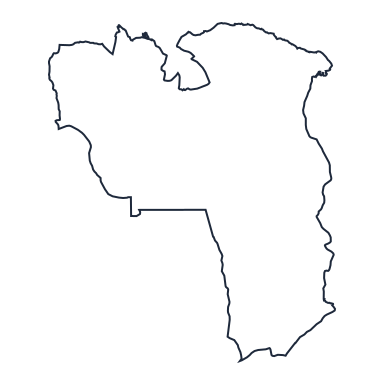 Tuek Chhou, Kâmpôt, Cambodia, rotated 180°
{"feature_id": "14789045B84051189014149", "entity_name": "Tuek Chhou", "entity_type": "district", "adm_level": 2, "iso_a3": "KHM", "parent_name": "Cambodia", "parent_adm1": "Kâmpôt", "projection": "robinson", "projection_center": [104.095, 10.787], "detail": "fine", "context": "isolated", "style": "outline", "palette": "slate", "viewbox_px": 384, "rotation_deg": 180, "n_neighbors": 0, "source": "geoboundaries", "source_scale": "gbopen_adm2", "svg_char_len": 5923}
<svg xmlns="http://www.w3.org/2000/svg" viewBox="0 0 384 384"><g transform="rotate(180 192 192)"><path d="M144.1,23.0L142.2,23.7L137.0,26.7L134.3,28.9L132.4,31.0L129.4,33.0L125.8,34.0L118.2,34.7L114.6,35.9L114.0,35.5L113.5,34.3L112.5,29.1L111.6,28.2L109.8,27.9L106.2,29.2L100.9,28.9L98.4,28.3L97.0,30.6L88.9,41.0L88.6,40.9L84.0,46.9L79.6,49.5L77.1,52.1L73.6,53.9L67.4,59.8L62.9,62.8L61.3,65.7L59.4,68.0L57.2,69.4L51.6,72.0L49.3,73.5L49.0,75.1L50.2,76.9L51.8,78.7L50.9,79.8L51.0,80.2L52.7,80.7L53.6,80.6L54.3,81.2L55.9,81.1L58.3,82.2L58.8,83.3L60.0,83.4L60.1,84.0L59.6,85.0L60.3,85.2L60.2,92.5L60.7,95.6L58.6,99.4L59.9,105.9L59.7,111.3L59.0,113.0L57.6,113.4L55.9,113.1L55.2,113.6L54.5,114.9L53.5,118.8L53.2,122.6L50.3,129.2L50.7,130.6L52.6,132.4L56.4,134.5L57.5,135.5L58.8,137.6L59.1,138.7L58.6,139.3L55.5,140.6L53.8,141.7L53.2,142.6L53.3,146.6L54.1,148.6L55.6,151.2L60.5,155.1L62.2,156.9L63.8,160.9L67.3,167.0L67.4,167.8L66.1,169.2L65.4,170.6L65.3,172.5L63.0,174.6L62.3,175.8L61.3,178.7L59.8,181.3L59.6,183.7L59.9,187.7L60.9,189.4L61.4,191.6L60.4,197.4L58.9,199.6L53.3,203.7L52.7,205.1L52.8,206.6L54.1,212.0L54.2,218.7L55.0,221.5L61.0,232.6L62.1,235.4L65.3,240.4L67.4,244.6L72.6,246.3L73.6,246.8L74.6,247.8L77.7,255.0L78.2,259.0L78.2,265.7L80.5,270.6L80.9,274.0L79.9,278.3L79.5,281.9L76.8,288.1L75.8,291.3L73.7,295.3L73.5,298.8L72.0,302.9L72.1,305.0L71.8,307.0L70.5,307.5L69.2,307.1L68.1,308.1L67.8,307.4L66.9,308.7L66.9,309.7L66.5,310.0L65.5,309.5L65.4,310.1L66.0,310.6L65.3,312.1L64.7,312.4L63.9,312.3L64.3,311.4L63.4,308.8L62.8,308.6L61.8,309.2L61.5,310.4L61.7,311.0L61.3,311.2L60.8,311.0L60.9,309.7L60.4,308.3L58.4,308.3L57.3,309.5L57.2,310.3L57.6,310.8L58.0,310.6L58.3,311.2L57.9,312.4L58.2,313.0L55.4,313.4L54.0,314.1L53.8,314.7L54.3,315.2L54.0,315.8L52.0,318.3L52.7,320.4L54.8,323.0L56.1,324.1L57.9,326.9L61.4,330.6L63.7,332.2L65.8,332.7L67.1,332.2L67.8,331.4L68.3,331.8L69.8,331.5L73.3,332.1L74.1,332.1L74.3,331.8L74.9,332.2L75.5,332.0L76.0,332.5L77.5,332.8L77.8,333.0L77.8,333.4L78.7,333.7L78.8,334.1L79.6,334.5L83.2,335.5L84.1,336.2L85.9,336.0L86.7,335.4L87.3,336.6L88.6,338.0L91.6,339.8L92.2,339.6L93.2,340.5L94.8,341.3L95.6,342.4L96.8,343.3L98.9,343.6L100.0,344.5L100.9,344.1L103.4,345.6L105.1,345.5L106.9,344.9L107.8,345.9L107.9,346.8L108.5,347.1L110.1,349.1L110.3,350.3L113.6,350.9L115.4,350.6L117.1,351.7L117.8,351.5L119.7,352.8L120.9,354.3L121.9,354.5L122.4,355.2L123.3,354.8L125.2,355.6L126.8,355.7L128.5,356.6L130.7,358.9L131.7,359.3L133.4,358.8L136.3,360.0L136.5,359.6L137.8,359.3L139.8,359.1L140.8,359.5L141.0,359.2L142.5,360.5L143.5,359.9L145.0,360.3L147.2,359.9L149.1,360.2L149.4,359.9L149.4,358.8L151.1,358.6L153.8,359.0L155.4,359.8L158.0,360.5L159.7,360.7L160.9,360.5L162.3,361.0L163.9,360.7L166.4,360.1L170.4,356.3L173.8,353.8L177.1,352.5L178.2,353.0L180.0,352.8L180.0,351.9L180.6,351.3L183.0,350.2L183.9,349.3L186.0,349.2L188.5,348.7L190.4,349.0L191.6,349.7L193.9,351.7L194.7,351.9L195.1,351.6L195.6,352.1L198.0,349.7L202.5,347.1L204.5,343.7L206.5,339.9L207.1,338.2L206.9,337.4L204.3,336.4L203.0,335.0L199.9,333.3L195.5,332.2L193.4,331.1L190.2,328.1L189.9,327.6L192.5,325.1L192.2,324.7L187.0,322.2L181.3,316.2L178.6,311.8L174.4,301.6L175.5,300.1L176.9,299.2L186.7,295.4L193.2,294.4L194.5,294.7L195.9,295.6L196.9,295.3L198.9,293.9L199.6,294.0L200.2,294.8L201.5,293.7L202.5,294.6L204.4,294.8L205.2,295.8L204.7,298.7L204.3,306.7L204.7,308.7L206.1,310.9L208.0,308.3L212.6,303.8L214.3,303.2L216.4,303.1L219.5,303.6L220.1,304.4L219.0,309.7L219.4,312.6L221.2,313.3L222.5,314.3L222.5,316.0L222.3,317.2L219.2,320.7L217.2,328.3L217.5,328.8L221.0,330.4L224.2,335.9L225.5,337.0L227.8,337.9L228.4,338.8L229.7,342.9L232.1,344.6L232.8,344.6L232.8,344.0L234.6,344.9L236.4,345.1L238.9,346.1L242.3,346.8L243.8,346.3L247.9,346.1L251.2,344.2L251.5,343.4L253.0,343.8L253.9,345.6L254.2,346.8L255.9,347.5L258.3,353.5L258.8,353.7L259.6,354.7L260.7,354.8L260.8,355.2L262.3,356.3L264.8,358.8L265.3,358.8L265.5,358.5L264.8,357.1L265.1,356.8L265.6,356.9L265.8,357.3L266.4,357.0L264.6,352.5L265.1,352.4L265.3,351.9L267.1,351.5L268.3,349.4L268.7,347.6L267.9,347.0L268.6,341.9L271.4,329.9L274.1,331.9L280.0,337.6L281.8,340.2L283.4,339.7L285.5,339.8L287.3,340.5L289.9,340.6L290.6,341.1L293.8,341.1L294.9,341.7L298.5,342.5L300.4,341.9L302.3,341.9L303.9,342.3L304.5,341.6L305.3,341.4L305.8,341.7L308.9,341.2L310.7,339.7L312.2,339.1L314.6,338.8L324.4,339.1L324.8,335.0L325.6,332.2L326.1,331.5L327.2,330.9L328.5,330.6L330.1,330.8L330.6,330.3L331.6,328.1L332.4,326.9L333.9,325.7L335.0,322.5L335.0,320.9L334.4,317.8L334.5,312.3L335.0,309.3L334.4,306.3L334.7,306.0L334.5,305.0L334.1,304.2L332.6,302.9L331.6,301.6L330.6,298.8L331.0,295.4L330.3,294.2L328.5,293.5L327.3,290.7L327.5,289.4L327.2,288.2L327.5,285.9L325.8,281.4L325.4,279.0L325.3,274.8L324.3,272.7L324.4,268.6L324.0,264.9L324.3,264.0L327.1,263.8L328.4,263.2L328.3,262.1L326.0,259.5L325.5,258.0L325.3,255.0L317.4,258.0L314.7,258.3L312.7,257.7L306.1,254.2L302.0,251.2L300.0,249.2L294.8,242.5L293.2,238.8L293.1,236.8L294.9,230.9L294.2,223.3L293.3,220.7L291.9,218.2L290.9,214.5L289.6,212.5L287.8,210.7L286.9,209.1L283.4,206.0L283.4,203.7L283.0,202.1L279.0,194.7L275.7,189.9L271.4,187.7L265.0,186.4L260.9,186.0L256.9,186.3L255.9,186.8L253.1,186.8L252.9,168.0L247.5,167.9L244.1,169.9L243.8,171.2L244.0,172.5L244.8,174.1L178.4,174.2L170.9,147.3L170.4,147.1L169.0,143.5L166.9,141.1L166.4,139.9L164.6,134.1L162.4,130.2L161.6,128.0L162.6,123.5L161.6,120.9L161.3,119.1L162.2,112.8L159.7,108.3L158.4,97.9L157.9,96.9L156.2,95.5L155.8,94.4L156.3,89.8L154.5,82.1L154.7,80.3L155.9,77.0L156.1,73.1L155.9,71.4L154.4,67.7L154.3,64.2L156.4,47.3L154.4,45.9L149.7,43.9L146.2,38.9L145.6,36.4L143.6,31.9L142.9,28.9L142.4,25.3L144.1,23.0ZM240.6,348.0L239.4,347.2L237.1,346.6L235.8,346.5L235.6,346.7L237.3,349.6L237.5,350.8L238.4,351.3L239.3,350.8L238.6,348.8L239.1,348.2L239.1,348.7L240.1,349.2L240.1,349.6L241.1,350.0L241.1,348.9L240.6,348.0Z" fill="none" stroke="#1e293b" stroke-width="2"/></g></svg>